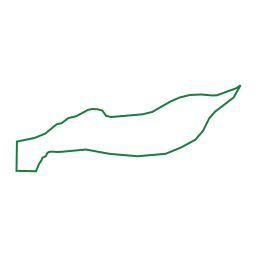 outline of Kayunga, rotated 273°
{"feature_id": "UGA-3067", "entity_name": "Kayunga", "entity_type": "District", "adm_level": 1, "iso_a3": "UGA", "parent_name": "Uganda", "parent_adm1": "", "projection": "orthographic", "projection_center": [32.888, 1.01], "detail": "fine", "context": "isolated", "style": "outline", "palette": "green", "viewbox_px": 256, "rotation_deg": 273, "n_neighbors": 0, "source": "natural_earth", "source_scale": "10m", "svg_char_len": 699}
<svg xmlns="http://www.w3.org/2000/svg" viewBox="0 0 256 256"><g transform="rotate(273 128 128)"><path d="M101.2,111.1L104.3,87.0L100.8,63.1L100.3,58.0L100.5,55.1L100.3,51.9L99.4,49.4L97.9,48.3L95.7,47.5L93.8,44.1L91.3,43.3L86.9,40.8L80.0,38.4L79.4,18.9L108.6,17.8L113.2,35.2L118.0,45.5L128.0,56.6L129.3,61.4L134.8,67.9L137.0,75.6L144.1,87.3L145.1,91.5L145.1,96.9L144.0,101.5L138.9,105.6L138.1,110.7L142.5,142.1L145.3,151.3L156.6,168.9L161.2,178.1L164.2,188.1L165.3,199.4L164.9,210.1L165.3,215.1L173.4,234.1L176.6,238.2L163.9,231.8L160.8,228.1L149.0,214.2L141.7,208.5L129.1,203.1L119.8,195.8L111.2,181.8L104.2,166.9L100.3,139.1L101.2,111.1Z" fill="none" stroke="#15803d" stroke-width="2"/></g></svg>